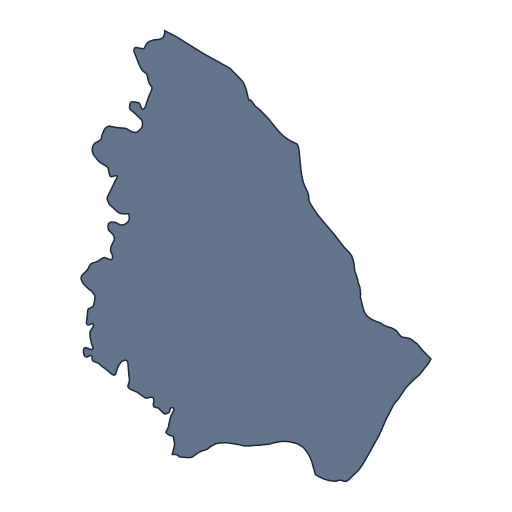 the district of Mueang Chan, Si Sa Ket, Thailand
{"feature_id": "78962969B71866574458891", "entity_name": "Mueang Chan", "entity_type": "district", "adm_level": 2, "iso_a3": "THA", "parent_name": "Thailand", "parent_adm1": "Si Sa Ket", "projection": "equal_earth", "projection_center": [103.998, 15.191], "detail": "fine", "context": "isolated", "style": "filled", "palette": "slate", "viewbox_px": 512, "rotation_deg": 0, "n_neighbors": 0, "source": "geoboundaries", "source_scale": "gbopen_adm2", "svg_char_len": 5992}
<svg xmlns="http://www.w3.org/2000/svg" viewBox="0 0 512 512"><path d="M315.4,474.6L318.6,476.5L323.6,478.9L328.3,480.3L332.9,481.1L335.8,481.2L337.7,480.7L338.9,480.2L340.3,480.2L341.8,480.4L344.0,481.3L346.4,481.2L348.4,480.0L357.8,471.0L360.8,467.2L363.4,463.3L371.3,449.4L375.7,441.3L379.6,434.3L386.1,419.3L387.5,416.5L388.7,414.4L392.1,407.7L394.0,404.1L395.1,402.6L396.7,400.9L398.4,398.9L405.6,388.1L408.9,384.5L413.4,380.1L419.7,374.5L429.0,362.6L430.9,359.0L422.4,350.2L417.2,343.9L411.2,339.3L409.2,338.4L405.7,337.6L402.7,337.3L401.5,336.8L398.8,334.0L396.3,330.6L394.3,329.4L391.5,327.9L387.6,326.8L383.7,325.1L379.9,322.7L376.5,321.6L371.3,319.2L367.7,316.5L366.3,315.0L364.5,312.2L363.1,308.4L360.2,296.2L360.6,294.8L360.6,293.9L360.5,292.8L360.3,292.3L360.3,289.9L360.0,289.2L359.8,287.1L359.2,285.2L358.5,283.5L357.9,281.6L357.7,279.8L357.5,279.2L357.3,278.4L356.1,274.7L355.1,272.2L354.7,270.1L354.0,263.7L353.2,260.3L352.2,257.2L351.5,255.6L349.1,252.3L343.7,246.7L334.6,234.9L321.1,219.0L317.2,214.2L312.3,206.8L309.9,202.8L309.4,201.7L308.9,199.1L308.7,196.1L308.5,195.0L307.3,191.5L304.4,185.1L303.1,181.6L302.8,180.4L301.7,175.1L300.8,169.1L299.2,151.8L298.6,148.0L298.0,146.0L297.0,144.0L290.0,140.6L285.3,137.5L283.3,135.9L279.7,132.5L274.6,126.4L267.4,117.5L259.8,109.8L255.4,106.3L250.8,100.2L250.5,100.1L248.6,99.8L247.1,93.2L245.6,87.8L243.9,83.6L243.1,82.1L240.2,78.8L230.1,68.4L203.1,53.4L176.3,36.7L164.7,30.7L164.8,32.4L164.4,34.4L163.6,36.5L162.8,37.6L162.2,38.1L161.0,38.8L159.8,39.3L153.9,39.9L150.2,41.1L148.5,41.9L147.1,43.1L145.7,45.3L144.5,48.0L144.0,48.4L143.1,48.6L141.8,48.6L136.4,47.5L135.3,47.6L134.6,48.1L134.2,48.9L133.9,49.9L133.9,50.7L134.1,51.7L138.9,64.1L141.9,69.9L142.6,70.8L146.4,73.7L146.9,74.5L148.5,81.0L149.1,82.9L149.9,84.6L151.7,86.8L152.0,87.7L151.7,89.9L148.9,96.2L146.5,103.1L145.4,106.7L144.4,108.3L143.6,109.1L142.9,109.2L142.2,108.9L141.4,107.9L139.6,103.6L139.0,102.9L134.2,101.8L132.4,101.8L131.4,102.0L130.6,102.6L130.2,103.3L130.0,103.9L129.6,106.4L129.5,107.6L129.8,108.7L130.5,109.7L136.0,114.4L141.3,119.6L142.1,121.0L142.4,122.4L142.5,124.4L142.3,126.2L141.8,127.2L141.1,128.5L139.7,129.9L137.6,131.8L136.3,132.3L134.5,132.4L132.9,132.2L129.6,130.5L126.7,128.8L125.5,128.3L123.4,128.1L117.4,127.7L109.8,126.2L108.4,126.3L106.6,127.2L105.4,128.2L104.3,129.6L102.3,134.3L101.6,136.7L101.5,137.8L101.2,138.7L100.7,139.5L99.2,140.9L95.2,142.9L94.2,144.0L93.3,145.4L92.3,148.4L92.2,149.1L92.3,151.4L93.3,154.3L94.5,156.1L98.1,160.6L99.9,162.3L107.2,166.9L108.0,167.6L108.2,168.2L109.0,172.5L109.8,175.4L110.2,176.3L110.6,176.6L111.4,176.8L112.3,176.6L115.6,175.7L116.2,175.6L116.7,175.8L117.0,176.3L117.1,177.1L117.1,177.5L116.9,178.0L115.1,180.9L113.8,183.9L107.4,197.1L107.2,198.1L107.3,199.0L107.4,199.9L107.8,201.1L108.8,203.2L109.6,204.5L110.2,205.2L114.5,209.0L117.5,211.9L118.6,212.7L120.2,213.4L122.2,213.7L123.6,213.9L128.7,213.8L128.9,214.4L129.1,215.7L129.3,218.4L129.1,219.7L129.0,220.1L128.1,221.6L127.5,222.2L126.6,223.1L124.8,224.3L122.9,224.9L121.2,225.0L119.9,224.7L118.8,224.2L116.2,222.7L114.6,222.2L111.5,222.0L110.1,222.4L109.5,222.7L109.0,223.2L108.6,223.7L108.3,224.8L108.0,226.1L108.1,227.9L108.3,229.4L108.7,230.3L110.9,232.3L113.2,235.0L114.1,236.6L114.4,238.2L114.3,239.5L114.1,240.3L111.0,246.5L110.6,248.9L110.5,250.1L110.7,251.5L110.9,252.2L112.1,254.3L112.5,256.2L112.6,257.3L112.3,258.6L112.1,259.0L111.5,259.6L110.8,259.8L109.7,259.5L105.8,257.9L104.4,257.5L103.7,257.7L102.6,258.1L100.5,259.4L98.6,260.8L96.8,261.7L91.6,263.4L90.5,264.4L89.3,266.0L87.9,269.2L85.5,271.9L84.3,272.9L82.5,274.8L82.0,275.4L81.2,277.1L81.1,278.0L81.3,279.6L82.1,281.6L82.9,283.0L83.7,284.0L86.5,287.0L89.1,289.4L91.1,290.7L91.9,291.6L94.2,294.6L94.7,295.3L95.0,296.6L95.0,298.8L94.5,301.3L93.8,304.4L93.3,306.0L93.0,306.4L92.2,307.1L88.6,308.7L88.1,309.3L87.7,310.4L87.2,316.1L86.4,322.6L86.5,323.4L86.7,323.8L87.5,324.7L87.9,325.0L88.7,325.0L90.9,324.1L92.4,323.7L93.2,323.9L93.5,324.4L93.5,325.8L93.4,326.3L92.9,327.1L91.0,329.9L90.5,330.9L90.1,331.9L89.9,333.1L90.1,336.7L90.5,339.0L91.6,343.9L93.0,347.4L93.0,348.2L92.8,348.8L92.4,349.4L91.9,349.6L91.1,349.5L86.2,347.7L85.4,347.7L84.6,347.9L84.2,348.3L83.8,348.9L83.5,350.3L83.5,352.6L83.7,353.7L84.2,355.3L84.5,355.8L85.4,356.6L85.9,356.9L86.7,357.1L87.6,356.9L90.0,355.5L90.8,355.4L91.2,355.6L91.6,356.0L91.9,356.6L92.2,359.6L92.4,360.2L92.9,360.9L93.3,361.2L98.5,363.3L99.5,364.1L102.3,366.7L105.9,369.2L108.8,371.6L111.1,373.8L113.2,374.9L113.8,375.1L114.2,375.1L114.7,375.0L115.3,374.4L115.6,374.0L117.7,367.6L118.4,366.0L119.6,364.2L121.1,362.2L121.9,361.4L123.0,360.9L124.4,360.3L125.4,360.2L126.3,360.4L126.8,360.8L127.4,361.6L127.7,362.4L128.0,363.9L128.3,368.6L128.9,375.4L129.5,380.1L129.4,380.8L128.0,385.5L127.9,386.2L128.1,387.1L129.3,388.4L129.8,388.9L132.1,390.0L137.1,392.2L145.2,397.9L145.7,398.1L147.2,398.1L149.7,397.4L151.8,397.2L152.3,397.2L152.8,397.5L153.5,398.4L153.8,399.4L153.9,400.0L153.8,401.3L153.3,404.3L153.3,405.0L153.7,406.3L154.2,406.9L154.6,407.1L155.6,407.5L157.4,407.7L158.1,407.9L160.7,410.4L162.4,412.2L164.6,413.9L165.4,414.0L166.5,413.7L167.9,413.2L168.9,412.5L169.2,412.1L169.5,411.5L169.8,410.4L170.1,408.6L170.4,408.2L171.2,407.8L172.0,407.7L172.8,407.7L173.5,408.1L174.0,409.2L173.8,410.3L171.2,415.5L170.4,417.8L169.2,422.5L168.3,427.4L167.9,428.3L166.0,431.9L165.9,432.3L166.2,432.8L167.3,433.9L169.0,435.0L171.8,435.8L173.2,436.7L173.5,437.6L174.5,442.9L174.5,445.3L174.1,447.6L172.7,452.3L172.3,454.4L176.2,454.6L177.0,454.9L178.7,455.9L178.9,456.6L180.6,457.1L181.9,457.1L186.9,457.6L189.7,457.6L192.3,457.0L193.3,456.4L195.9,454.4L199.0,452.2L203.0,450.6L207.3,449.2L211.0,446.3L215.9,443.7L220.3,442.9L226.2,442.7L232.8,443.6L240.8,445.0L242.7,445.6L244.6,445.9L249.2,446.0L254.8,445.3L259.9,445.2L269.5,444.1L273.6,442.9L280.8,441.5L285.0,441.4L289.6,441.8L293.3,442.6L297.4,443.8L303.3,447.3L307.2,452.4L309.3,455.7L311.5,460.7L315.4,474.6Z" fill="#64748b" stroke="#1e293b" stroke-width="1.5"/></svg>